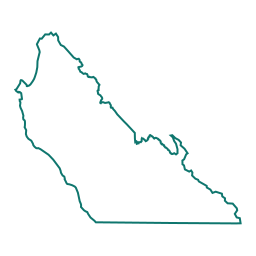 the district of Monterey, California, United States of America
{"feature_id": "52423323B78495074223375", "entity_name": "Monterey", "entity_type": "district", "adm_level": 2, "iso_a3": "USA", "parent_name": "United States of America", "parent_adm1": "California", "projection": "equal_earth", "projection_center": [-121.197, 36.354], "detail": "fine", "context": "isolated", "style": "outline", "palette": "teal", "viewbox_px": 256, "rotation_deg": 0, "n_neighbors": 0, "source": "geoboundaries", "source_scale": "gbopen_adm2", "svg_char_len": 4558}
<svg xmlns="http://www.w3.org/2000/svg" viewBox="0 0 256 256"><path d="M58.1,37.0L55.9,33.6L53.4,35.4L51.0,32.6L49.0,34.5L45.2,34.4L41.7,38.7L39.9,38.5L36.9,44.2L37.0,44.6L39.3,50.2L39.7,52.1L37.5,61.1L37.3,67.2L36.3,72.5L34.9,76.8L34.1,78.9L32.7,81.3L30.4,84.5L29.0,85.6L27.1,86.2L26.8,86.1L26.6,84.8L22.4,80.6L21.6,80.2L20.8,80.2L20.5,80.7L20.1,83.4L16.4,89.3L15.4,89.7L16.1,90.9L18.1,92.4L18.8,92.5L19.0,91.9L19.9,92.1L21.2,93.2L22.0,99.0L21.7,99.3L19.6,99.6L19.8,101.3L20.4,102.2L20.3,103.8L20.0,105.7L20.2,106.5L20.6,107.9L22.1,111.0L23.4,115.7L23.1,117.6L23.4,119.4L24.6,120.4L24.9,121.2L25.0,123.2L24.9,126.2L24.6,127.1L26.2,130.2L25.9,134.0L26.7,136.5L28.4,138.8L31.3,140.7L32.9,143.6L33.4,145.3L34.6,146.8L36.2,148.1L37.1,148.3L38.3,148.1L40.5,149.2L48.5,154.7L53.2,159.6L59.7,168.3L60.6,170.8L61.0,172.8L62.6,175.5L64.3,176.6L64.8,178.6L64.6,179.1L66.7,183.4L67.3,184.0L69.3,184.3L72.1,185.2L74.7,186.5L75.8,187.6L77.9,192.7L79.7,201.2L80.8,203.8L81.1,205.1L81.0,207.0L83.9,210.2L85.5,211.3L87.3,212.1L88.1,213.9L90.5,217.5L94.5,220.8L95.8,222.3L172.0,223.0L235.9,223.4L240.6,223.3L239.8,218.2L236.7,217.4L234.8,213.9L237.2,210.3L236.8,208.3L232.7,203.6L227.6,203.3L224.9,200.7L225.0,198.3L222.3,196.4L221.9,193.7L215.7,191.7L212.5,192.9L210.4,189.6L206.8,187.5L206.7,185.9L198.8,181.4L198.1,179.8L195.4,178.7L192.1,175.5L192.4,172.5L191.1,170.5L189.2,171.6L184.9,169.4L184.0,165.4L182.5,164.3L182.4,160.5L184.1,159.3L186.2,154.3L187.6,153.3L184.5,148.7L180.6,145.3L181.0,142.5L178.6,139.9L175.4,138.2L172.3,135.2L170.8,135.5L172.8,137.3L174.2,141.1L176.0,143.7L177.5,149.2L177.5,153.2L176.0,154.4L174.2,153.2L172.7,154.0L172.4,153.9L171.8,154.0L171.3,153.4L170.9,153.5L170.4,153.1L169.9,152.2L169.8,151.5L169.1,150.4L168.4,150.1L168.0,149.9L167.6,148.9L167.0,148.5L166.7,148.1L166.2,147.8L165.9,147.8L165.5,147.6L165.5,147.3L165.0,147.1L164.6,146.5L164.2,146.3L164.2,145.7L164.2,145.4L164.0,145.2L163.8,145.1L163.7,145.0L163.4,144.9L163.0,144.8L162.8,144.5L162.5,144.2L162.4,144.4L162.4,144.5L162.2,144.4L162.3,144.3L162.1,144.1L161.9,144.2L161.7,143.8L161.3,143.7L161.1,143.3L160.8,143.0L160.7,142.3L160.5,142.0L160.6,141.8L160.7,141.7L160.5,141.1L160.1,140.7L159.6,140.1L159.2,140.1L159.0,139.7L158.7,139.4L158.6,139.5L158.3,139.4L158.0,139.1L157.7,138.6L157.0,138.3L156.5,138.1L156.0,137.8L155.6,137.8L155.2,138.0L154.8,138.0L154.4,138.2L154.3,138.5L153.9,138.4L153.7,138.1L153.1,137.2L152.6,136.7L152.2,136.3L151.8,136.3L151.3,135.8L150.8,135.5L150.3,135.1L149.7,135.3L149.4,136.1L149.4,136.8L149.0,136.8L148.5,137.2L148.1,138.0L148.3,138.4L148.3,138.7L148.1,138.8L147.8,139.0L147.7,139.4L147.8,139.5L147.5,140.1L146.8,140.6L146.4,140.9L145.7,141.2L145.4,140.8L145.1,140.2L144.6,140.0L144.1,139.4L143.5,138.9L143.2,138.6L142.8,138.6L142.4,138.5L142.1,138.4L141.9,138.2L141.8,138.4L141.7,139.0L141.6,140.1L141.7,141.1L141.2,141.6L140.9,142.1L140.3,142.0L139.9,142.1L139.6,142.4L139.1,142.4L138.8,142.3L138.7,142.5L138.6,142.9L138.3,142.7L138.3,142.3L138.1,142.3L138.0,142.7L137.9,143.2L137.7,143.6L137.3,143.6L136.9,143.7L136.7,143.8L136.5,143.4L136.7,143.1L136.4,142.6L136.4,142.3L136.5,142.0L136.7,141.6L136.3,141.1L135.9,141.1L135.6,141.1L135.4,141.2L135.5,141.4L135.2,141.7L134.9,138.4L134.8,132.9L126.9,124.4L123.9,121.4L117.3,114.4L114.7,110.7L114.1,110.1L113.1,109.0L112.5,107.7L111.9,107.7L111.6,107.8L110.9,107.6L110.7,106.8L110.9,105.8L110.6,104.7L109.7,103.5L109.5,102.7L108.6,102.2L108.3,102.3L107.7,102.5L106.5,102.7L105.6,102.9L104.5,102.8L103.5,102.3L102.5,102.2L101.9,102.4L101.0,102.9L100.8,103.2L100.3,102.9L100.3,102.3L100.7,101.4L101.0,100.4L101.6,99.6L102.2,98.9L102.2,98.1L101.9,97.4L101.6,96.9L101.0,96.3L100.4,95.3L99.6,94.9L98.7,94.3L98.0,93.7L98.1,92.9L97.9,92.5L97.8,91.9L97.6,91.3L97.5,90.9L97.8,90.4L98.2,90.3L98.6,90.2L98.6,89.7L98.6,89.3L98.5,88.6L98.7,88.0L98.6,86.9L99.0,85.7L99.3,85.3L99.4,84.6L98.7,84.1L98.0,83.1L97.4,82.5L96.7,81.5L96.3,80.5L96.4,80.1L96.1,79.5L95.6,79.2L95.4,78.4L94.6,78.0L93.8,77.2L93.3,76.9L92.7,77.1L92.0,77.4L91.5,77.3L90.7,77.2L89.9,77.2L89.5,76.8L88.5,77.0L87.8,76.4L87.6,75.2L87.1,74.1L86.2,73.9L85.4,73.4L84.4,73.6L83.8,73.9L83.0,73.5L82.2,72.9L81.7,72.3L81.1,72.0L80.4,71.8L80.0,70.9L79.8,70.3L79.5,69.9L79.2,69.3L78.7,68.8L78.7,68.2L78.4,67.6L78.4,67.2L78.9,67.0L79.4,67.0L80.2,66.7L80.6,66.6L81.0,66.6L81.5,66.4L82.1,66.0L82.5,65.4L82.4,64.7L81.6,63.9L81.4,63.2L81.2,62.5L80.6,62.1L80.1,61.9L79.7,61.4L79.6,60.0L78.8,58.8L78.3,58.8L77.5,59.0L76.8,59.3L73.7,57.5L69.2,52.4L68.7,51.8L63.9,46.5L60.8,45.0L58.2,40.4L58.1,37.0Z" fill="none" stroke="#0f766e" stroke-width="2"/></svg>